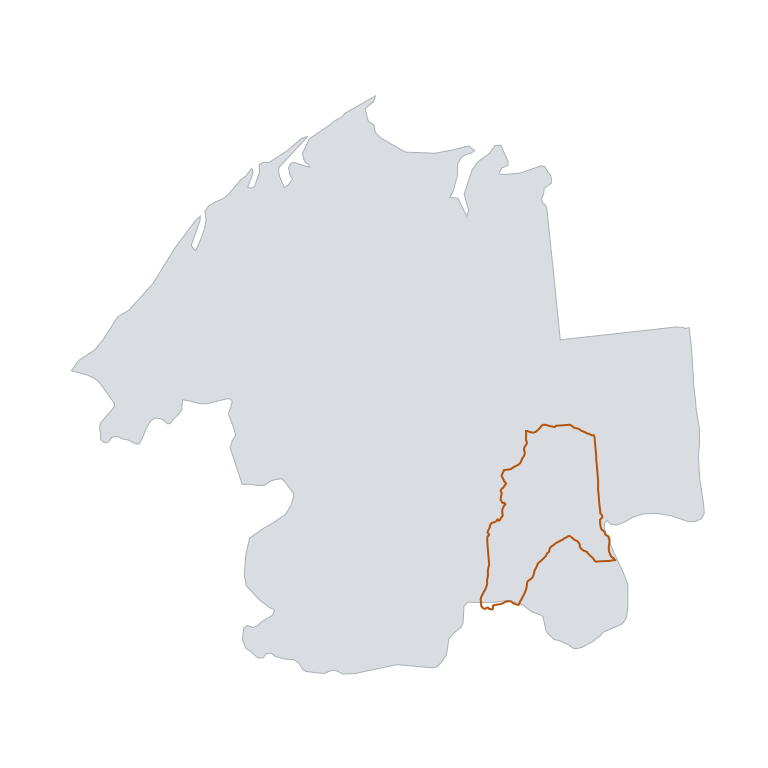 location of Ivindo, Ogooué-Ivindo, Gabon, rotated 84°
{"feature_id": "22940354B21315660080276", "entity_name": "Ivindo", "entity_type": "district", "adm_level": 2, "iso_a3": "GAB", "parent_name": "Gabon", "parent_adm1": "Ogooué-Ivindo", "projection": "mercator", "projection_center": [13.138, 0.623], "detail": "fine", "context": "in_parent", "style": "outline", "palette": "amber", "viewbox_px": 768, "rotation_deg": 84, "n_neighbors": 0, "source": "geoboundaries", "source_scale": "gbopen_adm2", "svg_char_len": 7983}
<svg xmlns="http://www.w3.org/2000/svg" viewBox="0 0 768 768"><g transform="rotate(84 384 384)"><path d="M553.3,88.4L552.8,95.4L545.0,112.4L541.3,125.6L540.3,139.6L542.5,150.8L546.3,158.8L548.7,167.6L546.8,173.7L543.0,176.3L545.6,179.3L551.4,180.1L561.2,177.4L576.2,172.8L595.9,166.0L608.8,162.4L630.2,164.7L641.6,167.2L647.5,172.0L653.8,192.0L656.9,195.1L662.1,203.6L666.4,213.9L667.3,219.1L666.9,222.8L662.5,228.4L657.6,236.5L655.9,241.5L651.8,245.1L646.6,248.7L632.3,250.2L630.1,252.3L626.1,261.0L618.6,268.4L615.2,275.3L612.1,284.6L612.7,296.1L611.2,312.6L609.7,323.8L613.5,327.7L630.5,330.5L633.9,332.7L638.4,339.6L644.2,346.1L659.8,350.2L665.9,355.2L670.8,360.6L671.4,365.1L667.9,383.1L664.5,400.3L665.8,413.4L667.1,426.0L669.0,444.2L668.1,455.3L663.7,462.1L663.7,467.5L665.7,473.9L661.8,491.7L659.3,494.7L652.3,498.0L648.6,502.8L647.5,510.3L643.7,520.5L639.8,524.3L639.8,529.1L643.6,532.6L643.5,537.9L636.5,544.2L632.3,549.1L623.0,551.5L612.4,549.0L609.9,545.4L612.4,539.9L611.5,535.5L607.9,530.9L602.2,518.9L597.1,516.4L594.3,521.3L585.7,530.4L570.4,542.0L559.7,542.9L539.9,539.4L523.3,533.8L515.5,520.2L510.6,508.9L503.6,495.8L495.6,489.6L487.1,485.7L483.4,485.4L471.2,492.7L467.6,495.5L467.6,501.7L468.8,507.4L470.6,510.1L472.2,513.8L471.9,519.5L469.8,527.1L469.0,535.5L431.0,543.7L424.4,540.7L419.7,537.0L413.9,537.6L397.4,541.9L391.4,538.9L385.4,536.7L382.6,538.6L382.3,542.2L385.2,561.9L384.3,569.4L380.5,579.3L378.6,586.0L388.7,587.8L392.3,590.9L395.9,595.9L400.7,600.5L401.1,603.3L395.6,608.5L393.7,614.9L396.3,619.9L403.2,625.1L413.2,630.4L418.1,634.0L417.6,637.2L413.0,644.1L411.2,649.9L408.0,655.2L408.6,660.0L413.1,664.6L412.7,668.6L409.6,671.7L403.4,671.0L398.1,671.5L393.3,670.2L378.5,654.6L375.3,654.1L353.8,666.1L348.4,671.1L344.0,678.2L338.1,693.6L328.3,684.6L319.9,668.2L310.0,658.2L289.4,641.9L283.9,629.9L260.2,603.5L226.2,577.2L201.7,554.3L197.9,549.2L202.1,549.8L225.8,561.2L229.0,559.9L231.8,557.4L221.5,551.4L211.8,546.7L202.6,543.8L193.4,544.0L188.2,539.2L184.9,531.8L183.2,525.5L179.2,518.9L166.1,505.4L163.0,500.1L155.8,493.0L160.2,492.0L174.1,498.9L175.4,496.1L174.2,492.1L160.1,485.6L152.5,485.2L150.8,480.7L151.8,475.4L141.8,455.6L131.4,440.8L129.7,433.8L157.8,466.0L161.6,466.5L166.5,466.2L178.2,462.6L176.0,458.3L170.7,453.7L165.6,455.9L159.0,456.3L155.5,454.4L154.0,451.0L160.6,435.4L157.7,436.2L155.6,439.0L152.0,440.3L146.4,441.1L132.5,432.8L120.3,410.2L117.1,405.6L113.8,397.7L110.6,394.5L96.6,362.4L101.9,364.8L108.3,374.1L120.8,372.1L125.6,366.7L129.9,366.9L134.2,365.7L139.7,360.6L155.6,338.5L159.8,309.4L158.5,292.0L156.1,274.9L161.4,269.4L163.5,273.0L164.5,279.1L167.0,283.6L172.7,287.7L183.2,288.8L199.6,295.1L205.4,299.2L207.0,291.1L225.7,284.2L220.1,281.7L203.4,284.4L180.5,274.1L172.9,267.6L165.8,255.1L158.4,248.6L158.9,242.8L175.4,237.4L179.7,238.0L181.5,244.4L185.9,247.1L187.6,246.2L188.3,240.7L188.4,226.0L183.4,204.9L184.9,200.9L189.4,199.4L193.4,196.6L196.2,196.1L201.8,196.6L204.6,201.5L206.1,204.2L211.7,205.4L216.3,208.0L220.3,207.3L223.6,204.3L228.4,203.7L243.4,203.7L257.0,203.8L284.0,203.8L311.1,203.9L338.1,204.0L358.5,204.1L358.4,192.0L358.3,173.4L358.2,151.5L358.1,130.4L358.0,110.9L357.8,87.9L358.9,81.2L360.3,78.5L359.8,74.7L380.7,74.4L418.6,76.1L435.2,75.9L439.9,76.2L460.6,75.0L477.3,76.5L484.5,78.1L490.9,79.0L510.9,79.9L537.1,78.7L546.0,79.0L551.0,82.2L553.3,88.4Z" fill="#d9dde1" stroke="#a8b0b8" stroke-width="1"/><path d="M459.8,180.2L459.5,180.2L458.0,180.4L457.0,180.6L456.9,181.5L456.6,182.7L456.1,183.9L455.1,184.9L454.8,185.5L454.7,186.4L454.5,187.1L453.8,188.1L453.0,189.0L452.5,190.1L451.8,191.2L451.3,192.4L450.7,193.2L450.0,193.8L449.2,194.7L448.6,195.8L448.3,196.9L447.6,198.9L446.8,200.1L445.8,201.0L445.1,201.8L444.2,203.1L443.9,204.2L443.8,208.4L443.8,211.3L443.7,212.9L443.6,214.7L443.5,217.4L444.0,217.8L444.5,218.4L444.4,219.3L444.2,220.4L443.7,221.7L443.1,223.5L442.6,224.9L442.0,226.4L441.4,228.1L441.2,229.8L441.6,230.9L442.4,232.2L443.4,233.0L444.9,234.5L446.0,236.0L447.1,237.6L447.8,239.5L447.9,241.1L447.5,242.5L447.2,243.5L446.6,244.8L445.8,246.0L445.6,247.7L448.4,247.8L450.5,248.0L451.7,248.4L454.0,248.7L454.9,248.6L456.2,248.1L456.9,248.0L458.2,248.2L459.3,249.0L460.3,249.9L461.5,250.9L463.1,251.5L464.5,251.6L465.4,251.3L466.6,251.1L467.9,251.3L469.6,252.0L471.1,253.0L472.2,254.1L473.5,254.9L474.8,255.4L476.0,256.2L476.8,256.8L477.8,258.0L478.6,259.4L479.0,260.5L479.8,262.8L480.7,264.6L481.6,266.2L481.9,267.1L482.1,269.4L482.2,273.8L483.4,274.1L484.4,275.0L485.4,275.5L486.8,276.4L488.2,276.6L489.6,276.0L490.4,275.5L491.5,275.1L492.8,274.9L494.0,274.2L495.0,273.4L495.7,273.0L496.7,273.7L497.3,274.4L498.4,275.3L499.4,276.0L500.3,277.5L501.0,278.4L502.1,279.0L502.9,279.1L503.8,278.7L504.5,278.3L505.4,278.4L505.8,278.7L506.6,278.9L508.1,279.3L509.8,279.8L510.9,280.1L511.9,279.9L512.7,279.3L513.7,279.1L514.4,278.8L514.8,277.8L514.8,276.9L515.3,276.4L516.2,275.9L517.1,276.4L517.3,277.2L517.9,277.6L519.1,278.2L520.3,279.0L521.7,279.5L523.5,279.8L525.4,279.9L526.1,279.6L527.0,279.6L528.0,280.1L528.7,281.0L529.3,281.7L530.4,282.2L531.2,282.7L531.7,283.6L531.8,284.4L531.2,284.8L530.6,285.0L530.9,285.7L531.7,286.2L532.3,286.9L532.9,288.2L533.2,290.0L533.3,291.1L534.0,292.1L535.2,293.1L536.2,293.4L537.3,293.6L538.2,294.3L539.8,295.2L540.7,295.8L541.7,296.3L543.1,296.4L543.8,295.9L544.3,295.3L545.1,295.3L545.6,295.7L546.2,296.6L547.0,297.2L548.8,297.5L550.7,297.7L551.5,297.7L552.6,297.8L559.4,298.0L565.9,298.1L574.2,298.3L575.3,298.5L576.5,299.0L578.6,299.7L580.1,300.2L582.1,300.4L585.4,300.6L586.6,301.0L587.8,301.4L589.5,301.9L590.8,302.1L591.9,302.2L593.4,302.2L594.4,302.6L595.2,303.0L596.9,303.7L598.6,304.6L600.9,306.3L602.2,307.1L603.7,308.1L604.8,308.9L605.6,309.4L607.2,309.9L607.9,310.4L611.3,310.4L615.5,310.4L616.4,309.5L617.3,308.9L617.8,308.2L618.1,307.4L618.0,306.4L617.8,306.0L617.4,305.4L617.2,304.9L617.3,304.0L617.5,303.6L618.5,303.2L618.8,302.2L619.0,301.5L619.5,300.7L619.5,299.9L619.1,299.4L618.3,298.9L617.2,298.8L616.5,299.0L615.9,298.9L615.7,298.5L615.5,297.9L615.4,297.1L615.3,296.3L615.3,294.9L615.2,293.5L615.1,292.4L615.0,291.5L614.9,291.0L614.8,290.1L614.4,288.8L614.1,287.8L613.7,286.9L613.3,285.7L613.1,284.6L613.0,283.4L613.2,281.8L613.3,280.8L613.6,280.1L614.5,279.4L615.4,278.5L615.9,277.7L616.4,276.8L617.0,275.6L617.6,274.0L617.9,272.8L618.0,272.8L616.3,272.2L614.2,271.3L612.9,270.0L611.0,268.9L608.2,266.9L605.3,265.3L602.6,264.0L599.2,263.0L596.7,262.4L595.4,261.9L594.6,260.9L593.7,259.0L592.5,257.3L591.5,256.3L590.3,255.6L588.7,254.9L587.0,254.3L585.5,253.9L584.3,253.2L583.0,252.1L581.4,251.2L580.1,250.6L578.8,249.8L577.0,247.5L576.3,246.4L573.6,242.9L571.9,241.0L571.0,240.4L570.1,240.0L569.3,239.3L569.0,238.4L568.1,237.4L567.1,237.1L565.8,236.7L564.2,235.9L563.4,235.0L562.0,232.5L560.3,229.8L559.4,227.8L558.5,225.3L557.9,223.7L557.1,221.9L556.4,221.0L555.7,218.7L555.1,217.9L554.6,216.4L554.6,215.3L555.3,214.3L556.6,213.0L557.9,211.8L558.8,210.9L559.5,209.8L560.2,208.5L560.8,207.8L562.0,207.2L562.8,206.9L563.1,206.5L563.8,206.2L565.7,206.2L567.4,205.9L569.0,204.6L570.1,203.5L570.9,202.4L571.5,201.0L571.8,200.3L572.3,199.6L573.4,199.3L574.4,198.4L575.4,197.6L576.6,196.7L578.2,195.1L579.6,194.1L581.0,193.3L582.2,192.7L582.9,191.7L582.9,190.2L582.9,188.7L583.0,186.6L583.1,184.2L583.3,182.1L583.5,178.8L583.3,175.6L583.3,172.7L583.0,172.8L581.7,173.6L580.6,174.8L579.7,175.7L578.3,176.6L575.6,177.3L573.8,177.7L572.0,177.8L570.2,177.5L568.9,177.4L567.2,176.8L565.7,176.5L564.7,176.3L563.2,176.0L561.9,176.1L559.9,176.4L558.8,176.9L558.2,177.7L557.8,178.5L557.1,179.4L556.3,179.8L555.3,179.9L554.4,180.0L553.8,180.4L552.6,181.5L552.0,182.3L551.1,182.9L549.9,183.3L548.7,183.5L545.8,183.6L544.0,183.6L541.7,183.4L541.0,182.9L540.6,182.3L540.3,181.7L539.6,181.2L539.1,180.7L537.2,181.0L536.0,181.7L535.2,182.4L533.2,182.3L524.9,182.4L516.5,182.1L511.1,182.2L507.1,181.6L503.0,181.2L488.7,180.9L481.2,180.8L478.3,180.5L472.1,180.4L465.3,180.3L459.8,180.2Z" fill="none" stroke="#b45309" stroke-width="2"/></g></svg>